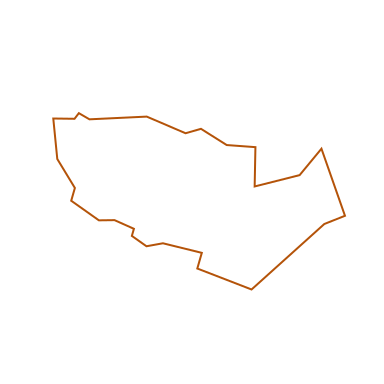 outline of Mundri East, Western Equatoria, South Sudan, rotated 106°
{"feature_id": "79223893B67918062022173", "entity_name": "Mundri East", "entity_type": "district", "adm_level": 2, "iso_a3": "SSD", "parent_name": "South Sudan", "parent_adm1": "Western Equatoria", "projection": "equal_earth", "projection_center": [30.696, 5.301], "detail": "fine", "context": "isolated", "style": "outline", "palette": "amber", "viewbox_px": 384, "rotation_deg": 106, "n_neighbors": 0, "source": "geoboundaries", "source_scale": "gbopen_adm2", "svg_char_len": 498}
<svg xmlns="http://www.w3.org/2000/svg" viewBox="0 0 384 384"><g transform="rotate(106 192 192)"><path d="M247.8,166.0L247.8,165.8L264.1,165.8L269.3,107.9L186.3,56.0L172.7,38.4L114.7,79.5L146.1,93.2L169.4,133.3L131.4,143.4L137.3,171.6L128.8,200.8L137.3,214.4L132.0,256.3L150.4,310.6L147.4,322.5L154.0,325.1L159.6,345.6L197.4,330.6L220.4,305.7L233.7,305.7L244.9,273.7L240.4,258.7L243.4,237.7L250.8,237.7L256.7,220.8L249.3,205.8L247.8,166.0Z" fill="none" stroke="#b45309" stroke-width="2"/></g></svg>